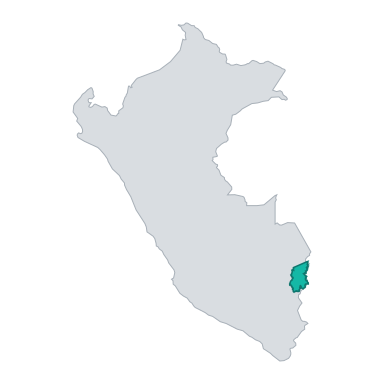 Sandia, Puno, Peru shown in context
{"feature_id": "86281439B32032082656225", "entity_name": "Sandia", "entity_type": "district", "adm_level": 2, "iso_a3": "PER", "parent_name": "Peru", "parent_adm1": "Puno", "projection": "albers", "projection_center": [-69.323, -13.833], "detail": "fine", "context": "in_parent", "style": "filled", "palette": "teal", "viewbox_px": 384, "rotation_deg": 0, "n_neighbors": 0, "source": "geoboundaries", "source_scale": "gbopen_adm2", "svg_char_len": 8048}
<svg xmlns="http://www.w3.org/2000/svg" viewBox="0 0 384 384"><path d="M287.2,98.4L287.1,99.6L285.5,100.2L284.1,99.3L282.0,99.6L278.9,96.9L271.4,97.3L268.2,100.6L263.2,101.3L257.8,102.9L251.8,103.6L242.2,108.9L240.1,111.0L235.8,114.2L232.3,115.2L230.7,124.7L227.3,130.3L226.0,133.4L228.0,137.9L228.0,140.1L226.1,142.0L224.5,142.2L221.3,144.2L216.5,148.5L215.7,151.7L217.4,156.0L216.8,156.5L212.8,157.3L213.0,159.7L212.2,160.6L215.6,164.0L217.5,164.7L217.6,165.6L217.3,166.5L216.6,166.9L216.5,167.6L219.0,170.1L220.9,175.2L224.4,177.6L224.5,179.2L225.6,180.8L227.4,182.0L231.7,187.0L231.8,189.4L227.5,194.9L234.8,194.7L242.9,196.5L244.0,197.3L245.0,199.8L245.1,201.4L246.8,202.7L246.6,205.6L257.2,205.6L264.0,204.8L275.0,195.6L276.8,194.8L275.9,196.8L275.7,198.2L276.3,199.8L275.1,202.0L275.1,224.1L277.1,222.9L279.7,225.0L281.6,225.1L287.6,222.6L294.6,223.0L310.9,251.9L309.5,253.9L309.6,255.4L307.6,256.6L305.6,259.0L305.5,270.5L303.8,274.0L304.7,275.8L305.6,279.4L307.1,281.6L307.5,283.0L307.3,283.6L305.1,284.8L304.9,286.9L300.9,291.0L300.1,293.8L298.6,294.7L298.4,297.8L302.0,303.0L299.7,306.0L297.5,310.5L301.2,320.0L302.7,321.3L304.3,321.3L306.6,322.1L307.9,323.5L305.0,325.3L304.5,326.1L304.7,329.2L301.5,331.5L297.2,337.5L296.1,337.8L293.9,339.6L293.5,340.5L293.9,341.3L295.7,343.1L295.9,345.3L292.8,348.0L290.7,348.3L289.9,349.0L290.8,352.6L290.8,354.3L290.1,356.2L288.6,358.3L284.0,360.6L279.8,361.0L272.7,355.5L270.5,353.3L263.4,348.7L262.2,343.9L259.8,341.5L255.5,339.8L252.0,337.3L249.4,336.2L243.0,330.8L237.1,329.1L226.2,323.5L220.3,321.7L212.6,316.4L208.5,315.1L205.2,312.6L195.2,307.5L193.6,305.8L192.0,303.2L189.8,301.7L187.2,298.1L183.5,296.1L179.9,293.3L175.3,285.9L173.2,284.2L173.0,280.7L171.5,279.2L173.6,278.0L174.8,272.6L174.0,269.9L168.7,262.9L167.6,259.9L163.8,254.5L162.3,251.2L159.3,248.9L158.0,246.8L156.3,246.0L156.1,243.4L154.8,238.6L153.1,236.2L147.0,231.9L146.3,227.0L144.9,223.5L136.1,209.9L130.8,196.7L126.5,189.5L124.6,185.2L124.4,182.9L121.2,179.1L119.5,175.6L112.4,168.9L108.1,161.3L107.5,159.1L104.6,154.9L100.1,149.6L97.8,147.5L84.4,141.3L78.0,137.5L77.2,135.4L77.4,134.1L78.7,132.9L80.6,133.7L81.8,133.3L82.6,131.7L82.5,129.4L81.2,126.5L76.7,121.1L77.7,118.4L73.1,112.0L73.8,105.6L74.6,103.9L80.7,97.1L82.4,94.3L85.0,92.5L87.7,89.7L91.0,87.6L92.0,88.2L93.2,91.6L93.1,93.9L94.2,96.4L92.0,98.9L89.4,98.5L88.4,99.1L88.1,100.3L88.6,102.0L89.3,102.7L91.2,102.7L88.8,106.2L89.0,106.9L90.8,107.4L92.5,106.5L94.2,104.4L95.3,104.1L101.9,107.1L104.9,106.6L107.2,108.1L107.6,110.5L111.0,115.1L115.9,116.0L116.6,115.6L117.7,113.8L118.7,113.5L118.8,110.8L122.9,107.8L123.4,105.9L122.8,104.6L122.8,103.5L125.0,97.2L125.8,96.5L126.4,94.5L127.3,93.2L128.5,86.2L129.7,86.2L130.8,87.8L132.1,87.3L131.3,85.8L131.5,85.2L136.0,79.5L137.4,78.2L159.6,69.8L170.5,61.6L180.1,50.3L182.9,39.2L184.1,39.9L186.0,39.6L185.2,35.2L185.6,33.0L185.5,32.4L182.4,29.8L181.0,26.9L178.3,25.3L178.4,24.7L181.3,25.3L183.9,24.9L186.0,23.0L187.7,23.2L191.5,25.6L194.2,25.7L195.2,27.5L197.8,28.7L201.7,32.5L203.5,36.6L203.4,37.4L205.2,39.5L208.9,40.5L212.6,43.5L216.4,44.4L218.1,47.1L219.2,48.0L219.7,49.6L219.2,51.4L219.7,52.4L222.6,54.0L225.0,54.1L225.5,54.8L226.9,59.4L226.1,61.7L226.4,63.0L229.6,64.1L230.5,65.1L233.0,65.2L236.5,64.2L240.9,65.6L244.2,65.0L245.8,64.6L247.4,63.6L248.7,63.6L252.1,60.6L253.1,60.4L256.7,61.6L259.9,63.6L263.7,63.2L265.2,62.0L268.0,61.2L273.0,63.7L274.1,64.8L275.5,65.1L280.8,67.5L281.8,68.5L284.6,69.4L285.2,70.2L285.0,71.1L272.6,90.1L276.5,91.6L280.1,90.7L282.0,91.9L283.3,95.0L286.2,97.0L287.2,98.4Z" fill="#d9dde1" stroke="#a8b0b8" stroke-width="1"/><path d="M292.6,289.5L293.0,289.6L293.1,289.8L293.2,290.0L293.2,290.5L293.3,291.2L293.3,291.4L293.5,291.4L293.7,291.6L293.9,292.1L294.0,292.2L294.6,291.6L295.2,291.6L295.4,291.3L295.6,291.3L295.7,291.1L295.8,291.1L296.0,291.2L296.2,290.9L296.7,290.8L296.8,290.8L297.1,291.0L297.1,291.3L297.4,291.3L297.7,291.5L298.1,291.4L298.4,291.3L298.8,291.5L299.2,291.3L299.3,291.1L299.1,290.6L299.3,290.5L299.3,290.3L299.5,290.2L299.4,290.0L299.5,289.7L299.4,289.6L299.6,289.5L299.6,289.2L299.8,288.9L299.9,288.3L299.9,287.8L299.8,287.6L299.7,287.3L300.2,286.4L300.2,285.8L300.2,285.7L300.3,285.6L300.7,285.8L301.0,286.3L300.9,286.4L300.9,286.5L301.0,286.6L300.9,287.0L301.2,287.2L301.1,287.7L301.1,287.8L301.1,288.1L301.4,288.0L301.6,288.1L301.8,288.1L302.0,288.2L302.6,288.4L302.7,288.6L303.0,288.9L303.3,288.9L303.7,288.2L303.8,288.2L304.0,288.1L304.2,287.9L304.6,287.8L304.7,287.5L304.9,287.4L305.0,287.4L305.1,287.2L305.3,287.0L305.4,286.9L305.2,286.6L305.2,286.3L305.1,286.2L304.9,285.8L305.0,285.5L305.0,285.3L305.2,285.2L305.3,285.1L305.5,284.8L305.4,284.8L305.3,284.6L305.3,284.4L305.6,284.2L305.7,284.3L305.7,284.1L305.8,284.0L308.3,284.0L308.3,283.8L308.2,283.7L307.9,283.6L307.9,283.4L307.9,283.2L307.7,282.9L307.9,282.7L308.2,282.8L308.2,282.7L307.9,282.5L307.5,282.0L307.4,281.7L307.2,281.4L307.3,281.3L307.3,281.2L307.1,280.8L307.1,280.7L306.9,280.6L306.6,280.5L306.6,280.4L306.4,280.5L306.4,280.4L306.2,280.3L306.3,280.2L306.1,280.1L305.8,279.8L305.8,279.6L305.5,279.4L305.6,279.2L305.8,278.9L305.7,278.9L305.5,278.6L305.5,278.4L305.4,278.2L305.5,277.9L305.6,277.7L305.8,277.7L306.0,277.6L306.2,277.4L306.2,276.9L306.4,276.7L306.5,276.7L306.7,276.4L306.0,276.1L305.9,276.0L305.6,276.1L305.3,275.9L305.3,275.7L305.4,275.8L305.5,275.8L305.5,275.6L305.6,275.4L305.3,275.3L305.3,275.2L305.0,275.0L304.7,275.0L304.5,274.8L304.5,274.6L304.4,274.6L304.2,274.4L304.2,274.2L303.9,274.0L304.0,273.9L303.9,273.8L304.0,273.8L304.0,273.7L304.2,273.4L304.3,273.2L304.5,273.2L304.5,273.3L304.8,273.5L305.0,273.4L305.3,273.3L305.2,273.1L305.3,273.1L305.2,273.0L305.1,272.9L305.2,272.7L305.3,272.7L305.7,272.6L305.7,272.4L305.8,272.5L306.0,272.5L305.9,272.2L306.0,272.0L306.1,271.8L306.1,271.6L306.2,271.4L306.3,271.2L306.2,271.1L306.3,271.1L306.4,270.9L306.6,270.9L306.6,271.0L306.7,270.8L306.6,270.7L306.8,270.5L306.7,270.4L306.8,270.3L306.7,270.3L306.7,270.2L306.9,270.1L306.9,269.7L306.9,269.8L307.0,269.9L306.9,269.6L306.9,269.4L307.0,269.5L307.0,269.3L307.1,269.2L307.0,268.9L307.1,268.7L307.3,268.5L307.2,268.4L307.3,268.3L307.2,268.2L307.4,268.2L307.5,267.9L307.4,267.8L307.5,267.8L307.4,267.6L307.6,267.4L307.4,267.4L307.5,267.3L307.5,267.2L307.7,266.9L307.6,266.7L307.7,266.8L307.8,266.7L307.7,266.6L307.8,266.5L307.7,266.3L307.7,266.2L307.8,266.3L307.9,266.2L307.7,266.2L307.8,266.1L307.7,266.0L307.8,265.9L308.0,265.8L307.9,265.6L307.8,265.4L307.7,265.4L307.7,265.2L307.8,265.3L307.9,265.1L307.7,264.8L307.5,264.6L307.8,264.4L307.6,264.4L307.6,264.1L307.6,263.7L307.5,263.8L307.4,263.8L307.6,263.4L307.7,263.0L307.5,262.7L307.8,262.5L307.8,262.3L307.7,262.3L307.7,262.1L307.9,262.1L307.9,261.9L307.7,261.9L307.7,261.7L307.8,261.5L307.5,261.6L307.4,261.5L307.6,261.4L293.4,267.6L293.3,268.3L293.7,268.8L293.5,269.0L293.3,269.2L293.4,269.3L293.2,269.6L293.3,269.8L293.1,269.7L292.8,269.8L293.0,269.9L293.0,270.1L292.8,270.6L292.6,270.6L292.4,270.5L292.2,270.6L292.0,270.4L291.9,270.4L291.9,270.6L292.1,270.8L292.3,270.9L292.5,270.9L292.4,271.2L292.3,271.5L292.2,271.5L292.1,272.0L292.0,272.3L292.1,272.5L291.9,273.0L292.0,273.1L291.7,273.5L291.5,273.8L291.6,274.1L291.5,274.5L291.5,274.8L291.5,275.0L291.3,275.0L291.2,275.1L290.9,275.1L291.0,275.4L291.0,275.5L291.3,275.9L291.3,276.0L291.5,276.1L291.6,276.3L291.9,276.4L291.9,276.7L291.9,276.9L292.1,276.9L292.3,277.2L292.5,277.4L292.9,277.5L293.0,277.5L293.1,278.1L292.8,278.4L292.4,278.7L292.4,279.0L292.0,279.4L292.0,280.2L291.5,280.5L291.3,280.5L291.1,280.7L291.0,280.9L290.8,281.1L290.7,281.1L290.5,281.4L290.5,281.8L290.4,282.0L290.3,282.3L290.1,282.5L290.2,282.9L290.1,283.3L289.9,283.5L289.7,283.8L289.9,284.0L289.7,284.2L289.8,284.5L289.7,284.7L289.7,284.8L289.9,284.9L289.9,285.0L290.1,284.9L290.5,284.9L290.9,285.0L291.0,285.4L291.0,285.7L291.2,285.8L291.3,286.0L291.8,286.1L292.0,286.4L291.9,286.7L292.0,286.8L292.0,287.3L292.1,287.7L292.2,287.8L292.4,287.6L292.7,287.7L292.8,288.1L293.0,288.1L293.2,288.3L293.2,288.5L292.8,289.0L292.6,289.5Z" fill="#14b8a6" stroke="#0f766e" stroke-width="1.5"/></svg>